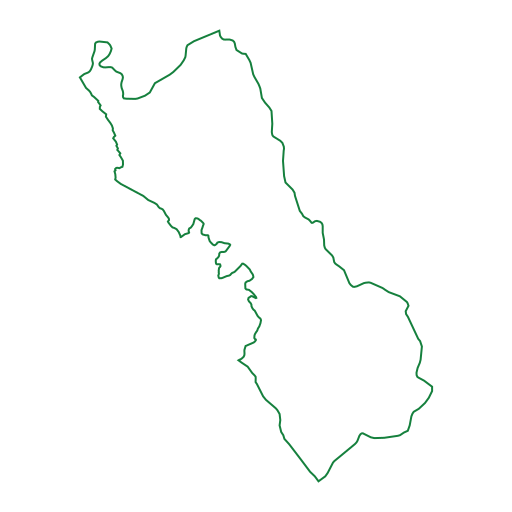 map outline of Lima (Mercator projection)
{"feature_id": "PER-591", "entity_name": "Lima", "entity_type": "Department", "adm_level": 1, "iso_a3": "PER", "parent_name": "Peru", "parent_adm1": "", "projection": "mercator", "projection_center": [-76.872, -11.804], "detail": "fine", "context": "isolated", "style": "outline", "palette": "green", "viewbox_px": 512, "rotation_deg": 0, "n_neighbors": 0, "source": "natural_earth", "source_scale": "10m", "svg_char_len": 5486}
<svg xmlns="http://www.w3.org/2000/svg" viewBox="0 0 512 512"><path d="M318.5,481.3L314.8,476.3L310.1,471.8L300.8,459.4L289.1,444.1L284.4,438.9L283.3,435.2L281.2,432.0L279.6,425.4L280.3,420.1L279.6,414.0L277.4,410.2L275.9,408.4L265.9,399.8L263.1,396.3L256.9,384.0L255.6,382.1L255.7,378.1L255.6,376.7L254.5,375.3L252.2,373.0L247.7,366.7L241.3,362.4L238.5,360.3L239.5,359.7L240.6,359.3L241.8,358.5L243.7,356.7L244.4,355.0L244.5,353.2L244.4,351.7L244.4,350.0L245.6,346.0L253.7,342.5L254.9,341.5L255.5,340.7L255.9,340.0L255.8,339.5L255.1,339.2L254.7,338.6L254.3,338.0L254.5,335.4L255.0,334.0L255.5,333.2L256.2,332.0L256.8,331.3L257.4,330.2L257.9,328.6L259.3,326.4L260.5,323.0L260.7,321.7L261.0,320.5L260.8,319.4L260.3,318.5L258.9,317.4L257.6,315.9L255.1,311.3L254.6,310.5L253.6,309.8L252.5,308.4L251.5,306.3L251.4,304.6L250.7,303.2L248.9,301.3L248.1,299.5L248.6,297.8L250.1,296.9L251.1,296.1L251.9,296.1L255.8,298.1L256.3,297.9L256.0,297.0L253.8,294.2L251.8,292.1L249.0,289.9L247.5,289.6L246.5,289.5L246.0,289.1L245.4,288.4L245.2,283.8L245.6,282.5L247.3,281.3L248.3,281.0L249.4,280.8L252.0,279.0L253.4,277.1L253.2,275.9L252.8,274.5L250.6,271.3L250.2,270.3L249.6,269.3L246.3,265.9L245.1,264.9L243.2,263.7L242.2,263.7L240.4,266.1L234.8,271.7L233.8,272.3L232.2,272.9L231.1,273.9L230.2,275.0L229.0,275.6L226.7,276.1L222.7,277.8L221.5,278.2L220.2,278.2L219.7,278.3L219.2,278.2L218.7,277.4L218.3,275.5L218.8,274.2L218.9,273.2L218.7,272.5L218.8,271.7L218.7,270.7L219.0,268.4L219.3,267.6L219.9,267.1L220.5,266.1L220.4,265.2L220.0,264.3L218.5,264.2L217.0,264.3L216.1,263.7L215.8,262.0L215.8,260.4L216.0,259.3L216.8,258.7L218.3,257.2L219.1,255.8L219.3,253.6L220.0,252.5L221.0,252.1L222.0,251.9L223.1,252.0L224.7,251.8L225.7,251.3L229.5,246.2L230.2,244.9L229.8,244.3L228.3,243.6L224.5,243.2L221.6,242.2L219.2,242.0L217.4,242.6L216.6,243.9L215.2,245.0L214.3,245.3L212.6,244.4L211.9,243.5L211.0,242.7L209.7,241.1L208.5,237.5L208.4,235.8L208.0,235.3L207.1,235.2L205.8,235.3L202.8,234.5L202.1,233.9L201.6,233.2L201.5,230.1L202.5,227.4L203.0,225.7L203.6,224.3L203.6,223.6L203.0,222.8L200.9,220.7L199.7,220.0L198.7,219.1L197.6,218.5L195.8,218.2L195.1,218.6L194.7,219.1L193.3,224.1L191.9,226.2L190.8,227.6L189.2,228.5L188.7,229.9L188.6,231.0L188.9,231.8L189.1,232.6L188.6,233.1L184.9,234.2L180.9,237.1L180.6,237.1L180.3,235.6L178.7,232.0L176.6,229.2L174.4,228.0L172.5,227.4L170.9,225.8L168.4,222.5L167.9,221.5L169.0,220.1L168.9,218.8L168.3,217.7L165.9,214.8L163.9,211.0L162.7,209.4L161.4,208.7L159.9,208.2L158.7,207.1L156.9,204.5L154.4,202.9L148.2,200.0L143.4,196.0L120.9,184.0L117.1,181.2L115.2,179.5L115.6,177.7L115.3,174.2L114.5,171.3L115.5,170.4L115.1,169.1L116.3,167.9L117.7,167.8L119.4,168.2L120.7,167.4L122.4,166.8L123.0,164.5L122.9,160.7L120.9,157.2L119.4,155.0L120.3,153.3L117.3,149.9L117.9,148.4L116.4,145.8L117.1,144.6L115.9,141.7L113.2,138.3L113.8,137.1L115.3,135.7L114.0,132.7L112.7,130.3L112.9,128.4L111.9,125.5L110.3,122.9L108.1,120.0L105.9,116.7L106.2,114.3L102.5,111.4L99.8,108.9L99.9,106.8L100.6,105.4L98.1,102.0L98.3,100.9L94.1,97.0L91.9,95.4L91.1,93.6L90.2,92.0L89.1,90.7L86.0,87.9L79.9,77.4L83.9,74.3L84.6,73.9L87.2,72.9L88.5,72.3L89.8,71.2L90.9,69.5L92.1,66.7L92.7,64.8L92.9,63.5L92.8,62.6L92.2,60.1L92.0,58.7L92.4,57.2L94.5,51.2L94.8,49.6L95.1,43.8L95.8,42.6L97.6,41.8L99.3,41.5L107.5,42.4L109.7,44.6L110.3,45.5L111.6,48.5L110.9,51.1L109.7,53.8L108.9,55.1L108.0,56.3L105.8,58.2L102.2,60.6L100.1,62.4L99.8,62.9L99.4,63.9L99.7,65.3L100.9,66.4L103.4,67.3L105.4,67.4L109.0,67.1L110.6,67.1L112.2,67.6L114.9,70.4L116.3,71.6L120.4,73.2L121.8,74.3L122.7,76.1L122.9,77.5L122.6,79.1L121.6,82.1L121.3,83.7L121.2,85.0L121.4,86.6L121.7,88.1L122.8,91.0L123.1,92.6L123.2,94.2L122.9,95.9L123.1,97.3L123.9,98.4L126.4,98.7L135.3,98.9L137.6,98.5L145.0,95.7L149.8,92.5L154.9,83.2L169.7,74.7L173.3,72.0L180.6,64.9L183.7,60.4L185.3,57.2L185.6,55.5L186.3,48.2L186.8,46.6L187.5,45.2L194.0,41.2L219.3,30.7L220.0,35.5L220.7,36.9L222.2,38.7L223.7,39.5L225.4,39.6L227.3,39.5L229.5,39.5L232.7,40.5L234.1,41.8L234.8,43.5L235.4,46.9L236.5,50.0L242.0,53.5L243.0,53.7L245.7,53.9L249.3,60.0L250.6,62.8L253.2,74.3L254.4,76.9L258.4,83.8L259.5,86.4L260.3,88.6L261.9,98.0L265.0,102.6L269.3,107.5L271.5,111.0L272.3,123.8L271.8,132.0L272.1,134.0L272.5,135.4L273.4,136.5L280.3,140.8L282.4,142.9L283.8,146.6L284.0,148.7L283.7,150.7L283.0,160.9L284.1,176.1L285.5,182.5L292.6,189.6L294.5,192.7L295.0,195.9L299.8,210.9L302.1,213.9L303.3,216.2L305.0,217.5L308.6,219.4L310.0,220.8L311.6,222.8L312.7,222.8L315.1,221.2L316.9,220.9L320.1,221.8L321.6,223.0L322.4,224.4L322.7,226.2L322.7,232.9L324.0,239.5L324.2,245.4L324.8,247.7L325.6,249.1L332.1,255.5L333.3,257.5L334.2,262.0L335.1,263.4L336.3,264.4L339.1,266.3L344.0,270.2L349.4,283.2L350.8,285.0L352.9,286.7L354.3,286.9L356.9,286.3L363.9,283.1L365.8,282.7L368.9,282.4L370.7,282.8L382.3,287.9L383.6,288.7L384.8,289.6L388.7,292.1L399.9,296.3L406.9,302.0L407.6,303.2L408.5,305.8L405.7,311.2L406.1,314.1L407.9,316.8L418.2,338.8L420.1,341.1L421.9,346.5L420.6,359.7L419.8,362.8L417.6,368.0L416.5,372.7L416.6,375.1L417.4,376.9L418.6,377.7L424.0,380.6L432.1,386.7L432.1,391.1L428.8,397.8L425.0,403.0L418.8,408.8L413.7,411.8L412.5,413.6L411.4,416.3L409.7,425.4L407.8,430.8L404.0,432.5L400.0,435.2L397.9,435.8L384.2,437.8L374.3,438.1L370.8,437.3L364.0,433.9L363.4,433.6L363.1,433.4L362.7,433.3L361.7,433.4L360.6,434.1L359.4,435.8L357.5,440.7L356.5,442.4L355.0,444.0L334.3,461.1L333.0,462.6L327.7,472.9L325.3,476.3L318.5,481.3L318.5,481.3Z" fill="none" stroke="#15803d" stroke-width="2"/></svg>